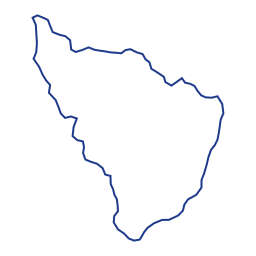 the district of Embaúba, São Paulo, Brazil
{"feature_id": "56859067B66674358834369", "entity_name": "Embaúba", "entity_type": "district", "adm_level": 2, "iso_a3": "BRA", "parent_name": "Brazil", "parent_adm1": "São Paulo", "projection": "robinson", "projection_center": [-48.853, -20.954], "detail": "fine", "context": "isolated", "style": "outline", "palette": "blue", "viewbox_px": 256, "rotation_deg": 0, "n_neighbors": 0, "source": "geoboundaries", "source_scale": "gbopen_adm2", "svg_char_len": 1307}
<svg xmlns="http://www.w3.org/2000/svg" viewBox="0 0 256 256"><path d="M37.4,15.4L32.6,17.7L35.8,24.9L36.4,34.8L36.9,42.8L36.3,52.0L33.6,58.8L39.1,66.8L42.6,74.7L46.1,80.4L50.1,85.0L48.9,92.8L55.7,100.1L58.9,108.1L60.7,113.4L65.1,117.9L70.9,116.5L76.8,118.5L73.6,127.1L72.6,136.1L77.4,140.2L82.9,141.4L84.0,147.1L83.1,153.1L85.4,159.5L90.9,161.8L97.1,163.8L102.7,168.2L105.2,174.5L110.5,176.0L110.7,184.0L113.1,189.3L114.4,194.7L116.9,199.3L117.7,206.0L117.9,211.3L114.2,216.1L113.7,222.4L118.0,229.4L123.9,233.4L128.7,238.4L134.1,240.6L139.9,239.5L144.2,232.0L147.7,227.7L153.9,223.3L162.2,219.9L168.7,219.9L173.1,217.9L178.2,215.5L182.9,210.6L184.4,204.5L188.1,199.3L192.2,197.1L196.4,194.7L201.5,187.5L201.5,180.0L203.9,174.0L206.5,165.4L208.4,157.3L210.9,150.1L214.9,145.0L217.5,139.6L218.9,132.4L220.7,119.7L223.4,113.3L222.2,104.0L217.5,96.3L211.7,97.7L205.9,97.4L201.2,95.4L197.7,91.1L194.4,85.9L190.2,83.8L185.1,82.7L181.9,78.2L176.9,81.8L171.5,85.6L165.4,82.1L163.9,76.9L157.6,72.6L151.4,68.8L149.4,62.2L145.6,59.4L142.6,54.1L136.9,52.4L130.4,49.2L125.5,50.1L121.2,53.3L115.6,52.7L110.7,52.4L104.6,51.3L99.6,50.6L94.6,49.8L88.6,47.4L82.2,50.0L75.7,52.0L71.2,49.5L70.1,40.2L65.3,36.2L59.6,34.8L52.7,32.1L49.8,25.1L47.9,20.0L43.1,17.7L37.4,15.4Z" fill="none" stroke="#1e3a8a" stroke-width="2"/></svg>